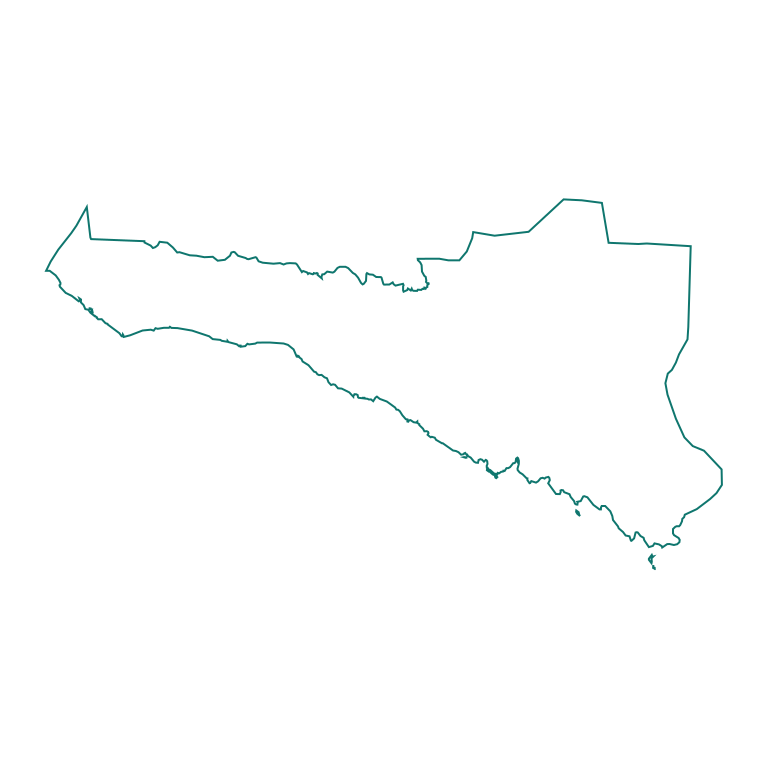 Mimika, Papua, Indonesia (Equal Earth projection)
{"feature_id": "22746128B99426029309213", "entity_name": "Mimika", "entity_type": "district", "adm_level": 2, "iso_a3": "IDN", "parent_name": "Indonesia", "parent_adm1": "Papua", "projection": "equal_earth", "projection_center": [136.425, -4.63], "detail": "fine", "context": "isolated", "style": "outline", "palette": "teal", "viewbox_px": 768, "rotation_deg": 0, "n_neighbors": 0, "source": "geoboundaries", "source_scale": "gbopen_adm2", "svg_char_len": 6091}
<svg xmlns="http://www.w3.org/2000/svg" viewBox="0 0 768 768"><path d="M667.5,394.6L665.4,383.2L667.8,373.6L671.9,369.9L675.9,362.6L679.0,354.4L687.5,339.4L688.3,327.0L690.7,246.2L646.7,243.5L638.3,244.0L608.6,242.8L601.9,202.9L581.8,200.3L563.6,199.4L528.6,231.8L494.6,235.7L473.2,232.1L472.2,238.2L466.8,251.5L459.4,260.3L448.2,260.3L439.1,258.7L417.7,258.8L417.9,260.2L420.2,262.4L421.6,265.1L422.0,271.6L424.3,275.8L425.7,276.9L426.3,280.5L426.0,281.9L427.3,283.3L428.5,283.2L428.7,283.9L427.3,285.1L427.3,287.0L426.2,287.5L425.6,288.7L424.3,287.7L423.8,289.0L422.5,288.8L421.3,289.9L417.8,289.7L417.1,290.9L413.4,290.8L412.2,290.0L411.7,288.7L410.8,290.5L407.9,288.5L407.2,290.1L403.6,291.7L403.1,290.4L403.1,286.3L403.6,285.2L403.0,283.8L395.5,285.6L393.6,284.2L392.7,282.4L389.4,284.5L384.0,284.6L383.3,283.8L381.5,277.6L380.9,277.1L376.2,277.0L372.9,274.7L369.3,274.4L367.0,273.1L366.4,274.0L366.0,280.9L363.7,283.9L362.6,284.4L361.0,282.9L358.1,277.7L355.3,274.4L352.8,272.9L348.2,268.1L345.5,266.8L339.8,266.8L337.5,267.9L334.4,271.7L332.8,272.6L327.2,271.6L324.2,274.2L322.3,274.4L321.4,277.0L321.7,278.3L317.6,274.9L317.7,273.5L316.9,273.0L315.7,273.5L313.8,273.1L313.5,274.0L312.8,274.3L309.0,273.1L308.0,274.0L307.0,272.4L303.1,271.0L301.9,272.1L297.0,264.5L295.7,263.4L289.9,263.1L286.5,263.4L283.6,264.5L280.0,263.1L273.5,263.7L262.7,262.7L258.6,261.3L256.4,257.6L255.5,257.2L248.6,259.2L247.2,259.0L245.6,258.0L238.1,255.8L234.7,252.2L233.6,251.9L231.4,252.5L230.0,255.7L224.9,259.8L217.7,260.7L212.8,256.8L204.4,257.2L196.4,255.7L189.8,255.3L179.5,252.2L177.2,252.5L172.9,247.5L167.3,242.7L159.6,241.8L157.7,245.3L155.2,247.2L152.9,248.0L150.7,245.6L144.5,242.5L144.4,241.2L91.1,239.1L90.4,237.6L86.8,207.0L76.4,225.7L71.2,233.2L58.3,249.6L50.7,261.5L46.1,270.8L49.7,270.8L55.7,275.4L58.9,279.8L60.5,283.0L60.3,284.6L59.5,285.2L59.9,286.7L65.7,292.9L71.8,295.9L78.7,301.3L80.2,300.5L79.4,298.4L81.0,299.5L80.9,302.4L83.6,305.1L85.3,309.1L88.6,309.8L89.4,309.5L89.6,308.3L90.8,308.5L91.1,309.3L92.0,309.5L92.7,312.7L92.4,313.3L91.4,312.0L91.6,311.0L90.8,311.8L89.7,311.7L90.4,312.7L95.4,316.7L94.1,315.3L96.9,317.4L97.7,317.2L97.2,317.6L96.2,317.3L98.2,319.3L101.7,319.2L105.5,323.2L107.5,323.8L107.6,324.4L119.4,333.2L121.6,336.2L122.7,335.9L122.9,334.5L123.4,335.3L123.0,336.5L123.6,337.0L130.1,335.3L142.6,330.5L150.8,329.7L153.7,330.6L155.5,328.2L157.7,328.8L163.9,327.8L169.0,327.8L169.9,326.8L171.4,327.9L177.5,328.1L192.1,330.6L209.2,336.3L212.7,339.1L220.4,339.9L221.7,340.8L228.0,341.9L227.4,341.6L227.5,340.8L228.5,342.1L236.8,344.3L239.1,346.2L239.5,345.6L240.7,345.6L240.9,346.7L245.3,346.1L247.4,343.8L249.1,344.4L255.3,343.6L257.1,342.6L269.5,342.5L283.6,343.5L288.0,344.9L293.6,349.4L296.7,356.6L298.0,356.8L297.5,356.1L297.8,355.7L298.9,356.3L299.6,357.6L301.5,359.0L302.6,361.5L308.5,365.2L314.1,371.7L315.9,372.2L317.4,374.3L319.1,375.1L321.6,374.9L324.5,377.3L327.0,378.3L328.5,382.2L331.1,385.0L333.1,384.3L335.1,384.8L338.0,388.3L341.7,388.6L349.3,392.4L353.3,396.7L353.4,395.5L354.3,394.9L354.5,394.2L356.3,394.3L357.7,395.1L358.0,397.2L358.6,397.8L363.8,398.4L363.5,397.8L364.6,397.8L365.2,398.6L367.5,398.8L368.9,399.5L371.0,399.4L373.2,401.2L375.5,397.6L376.9,396.6L379.8,398.9L386.8,401.5L395.1,407.5L396.4,409.6L398.1,409.8L399.8,411.2L402.4,415.3L405.8,419.2L407.4,419.4L407.4,421.5L408.3,421.7L409.1,420.3L410.5,420.1L413.6,422.2L416.1,422.6L417.3,421.5L417.4,423.0L419.3,424.2L419.3,425.1L423.0,428.7L424.4,431.3L426.8,431.2L428.1,431.9L428.5,433.1L427.6,434.8L429.6,436.5L430.8,437.3L431.8,436.8L434.8,437.7L436.0,439.8L442.0,443.3L442.7,443.2L453.0,450.5L455.9,451.0L458.5,452.2L461.1,454.7L463.7,454.2L464.1,453.4L465.2,452.9L467.2,455.6L467.5,455.1L468.1,456.1L470.7,457.6L474.1,461.7L475.8,462.6L478.0,462.8L478.6,460.0L480.4,459.2L482.0,459.7L484.0,461.7L485.7,459.9L486.4,460.2L487.2,461.2L487.5,463.9L486.7,465.9L486.8,467.5L487.5,467.6L488.5,469.3L490.3,470.1L493.7,473.2L495.5,474.1L495.3,474.7L496.0,475.3L496.9,474.9L497.3,474.1L496.9,473.8L497.6,473.8L497.8,472.9L499.2,473.3L501.0,471.9L503.1,471.5L503.4,470.7L504.6,471.0L506.5,468.1L508.3,468.1L510.1,467.1L513.2,463.2L514.6,463.1L515.6,462.0L516.1,458.6L517.4,457.6L518.1,458.2L518.9,460.9L518.8,464.0L517.5,468.7L517.7,470.1L519.7,472.5L522.6,474.3L526.7,478.4L527.4,478.4L527.4,480.1L529.5,483.2L530.2,483.0L531.3,481.1L536.0,482.6L538.1,481.3L540.6,478.3L542.7,477.8L544.6,478.6L545.7,477.6L548.4,476.9L549.3,477.9L549.8,480.1L548.2,483.3L556.0,494.0L559.8,494.1L560.7,492.0L560.5,490.5L561.5,490.0L563.1,490.3L564.2,492.2L569.5,494.2L570.7,497.0L574.1,501.1L574.9,503.6L576.2,504.5L577.4,504.6L577.7,502.5L577.3,501.8L580.7,501.1L583.2,496.5L584.3,496.2L587.4,497.3L593.4,504.9L599.5,509.4L600.9,509.4L601.0,507.4L601.7,506.0L605.2,506.0L610.3,511.3L612.3,516.0L613.0,520.0L618.0,526.4L618.7,528.3L623.1,532.1L625.6,535.5L629.5,536.3L630.9,540.6L631.5,540.8L634.1,538.4L635.6,532.5L636.8,532.2L637.8,532.5L640.5,536.0L643.6,537.8L644.3,540.3L648.9,547.1L652.9,545.9L654.5,543.4L659.0,544.4L661.8,546.2L662.2,547.5L667.2,544.1L669.5,544.0L673.9,545.0L677.2,544.2L679.4,542.2L679.7,539.9L678.6,538.0L674.0,535.1L673.0,533.4L673.0,529.0L675.3,526.8L676.8,526.2L679.0,526.3L680.2,525.1L682.0,521.3L682.3,518.9L684.1,517.2L684.8,514.7L696.8,509.1L710.1,499.0L716.5,493.1L721.9,484.9L721.6,469.4L704.0,450.7L692.8,446.1L684.4,437.4L675.9,418.7L667.5,394.6ZM652.5,556.7L651.8,554.9L648.9,558.7L648.9,559.8L651.5,563.2L651.8,561.7L651.4,557.0L652.4,557.4L653.3,556.5L652.5,556.7ZM578.6,512.2L576.3,510.5L576.1,511.8L577.3,513.8L580.0,516.0L579.2,514.7L578.6,512.2ZM489.7,470.7L487.2,468.1L486.9,470.2L488.7,471.5L489.7,470.7ZM490.1,470.9L490.1,472.1L492.8,474.5L493.8,474.9L494.4,474.6L490.1,470.9ZM517.8,462.0L518.3,461.4L517.9,458.5L517.3,460.4L517.8,462.0ZM495.8,477.5L495.4,476.8L496.2,476.4L495.5,475.3L495.0,476.4L495.4,477.6L496.3,478.1L497.3,477.1L496.8,476.5L495.8,477.5ZM654.1,568.4L653.5,567.8L653.3,565.1L653.1,567.9L654.7,568.6L654.6,567.0L654.1,568.4ZM467.3,457.5L464.1,457.1L463.7,457.2L465.7,457.8L467.3,457.5Z" fill="none" stroke="#0f766e" stroke-width="2"/></svg>